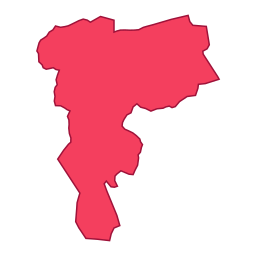 São Joaquim do Monte, Pernambuco, Brazil (Mercator projection)
{"feature_id": "56859067B64848357432681", "entity_name": "São Joaquim do Monte", "entity_type": "district", "adm_level": 2, "iso_a3": "BRA", "parent_name": "Brazil", "parent_adm1": "Pernambuco", "projection": "mercator", "projection_center": [-35.85, -8.484], "detail": "fine", "context": "isolated", "style": "filled", "palette": "rose", "viewbox_px": 256, "rotation_deg": 0, "n_neighbors": 0, "source": "geoboundaries", "source_scale": "gbopen_adm2", "svg_char_len": 1664}
<svg xmlns="http://www.w3.org/2000/svg" viewBox="0 0 256 256"><path d="M79.9,193.1L78.4,198.1L77.1,202.8L76.8,207.6L75.7,221.7L78.9,227.9L81.2,231.3L85.9,238.4L97.2,239.2L109.6,240.6L111.2,233.8L114.0,228.0L119.8,225.6L116.9,215.5L114.3,209.2L106.8,191.0L104.2,183.8L106.3,181.1L111.0,186.8L114.5,187.2L117.4,186.2L114.7,180.6L115.0,176.1L116.9,174.0L120.9,170.8L129.0,174.2L133.1,174.6L134.9,170.5L137.6,165.2L138.6,157.8L138.1,154.9L140.4,152.2L141.4,147.5L142.5,144.6L140.6,141.9L139.8,139.0L136.5,135.8L132.8,132.9L128.5,130.8L124.8,129.2L122.1,126.1L122.5,122.6L124.0,119.4L126.9,114.9L131.0,112.8L133.1,106.9L136.9,103.8L140.7,107.2L145.6,108.5L150.9,111.1L156.9,108.8L163.1,108.2L165.8,106.9L169.3,106.1L172.0,107.6L175.3,106.6L179.5,101.6L187.1,96.5L195.5,95.4L197.9,88.3L198.4,84.3L205.3,83.6L219.1,79.2L217.6,76.5L205.5,57.8L203.2,54.2L202.8,51.2L207.1,48.8L209.3,44.8L206.3,26.4L192.8,25.3L189.8,21.6L188.1,15.4L171.2,19.4L153.1,24.7L146.7,26.4L143.3,27.4L138.8,29.7L134.7,30.1L129.9,30.2L124.8,30.0L120.4,30.1L116.9,31.0L114.0,32.1L114.0,20.2L105.7,17.9L100.5,16.5L90.4,22.2L87.2,20.1L83.2,19.1L78.8,20.7L75.2,22.5L71.3,24.4L68.3,25.8L65.0,26.6L60.6,27.3L55.5,26.0L52.9,29.9L49.3,32.1L46.7,36.1L43.7,38.2L40.7,40.1L39.1,42.8L38.2,46.1L36.9,51.0L38.5,53.6L38.7,58.1L38.9,61.8L42.1,64.8L43.2,67.7L46.2,69.2L49.3,68.6L53.3,67.7L55.9,69.5L59.3,70.2L57.5,75.1L56.1,79.8L57.2,84.7L55.2,87.3L54.2,91.7L55.0,96.4L54.3,101.1L55.5,105.6L60.7,105.8L64.6,107.9L67.2,109.7L70.0,110.9L67.5,116.4L68.9,119.9L69.1,124.4L68.8,128.1L69.4,133.6L70.9,138.0L70.8,142.2L68.5,144.2L63.7,150.2L57.7,159.1L79.9,193.1Z" fill="#f43f5e" stroke="#9f1239" stroke-width="1.5"/></svg>